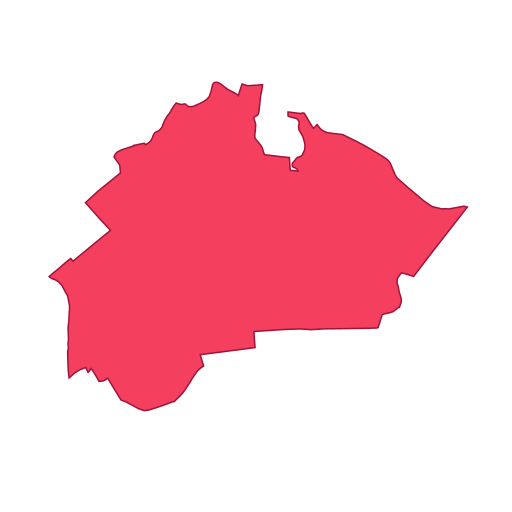 Buduslau, Bihor, Romania, rotated 189°
{"feature_id": "2599482B69448012965496", "entity_name": "Buduslau", "entity_type": "district", "adm_level": 2, "iso_a3": "ROU", "parent_name": "Romania", "parent_adm1": "Bihor", "projection": "mercator", "projection_center": [22.247, 47.394], "detail": "fine", "context": "isolated", "style": "filled", "palette": "rose", "viewbox_px": 512, "rotation_deg": 189, "n_neighbors": 0, "source": "geoboundaries", "source_scale": "gbopen_adm2", "svg_char_len": 3684}
<svg xmlns="http://www.w3.org/2000/svg" viewBox="0 0 512 512"><g transform="rotate(189 256 256)"><path d="M410.4,335.4L411.0,334.5L411.3,333.3L411.7,331.5L409.1,328.9L406.5,326.3L404.8,324.4L403.9,320.8L403.3,318.5L402.9,316.8L418.8,299.1L422.1,295.5L432.8,282.0L415.7,267.9L413.2,266.0L408.7,262.5L406.4,260.7L403.8,258.6L431.1,227.8L436.0,222.2L438.6,224.6L441.8,221.2L444.1,218.5L448.1,213.7L454.4,206.6L457.1,203.3L455.5,202.3L453.9,201.7L450.9,201.2L447.2,199.7L443.2,196.7L438.2,190.0L435.9,187.3L432.3,177.5L430.7,162.7L430.6,159.2L430.4,155.8L430.3,155.0L428.3,145.0L428.1,143.5L428.1,140.9L427.9,139.8L427.8,139.1L426.9,135.9L427.1,132.0L426.0,126.1L423.5,113.2L421.5,106.3L416.7,112.2L412.0,116.2L406.7,119.2L403.7,114.8L402.7,116.1L401.3,119.1L398.5,116.2L393.8,110.7L391.6,107.7L388.8,108.2L387.2,108.8L385.6,109.9L383.3,112.1L377.8,105.5L367.2,93.1L366.6,92.6L361.9,91.6L347.6,86.7L342.1,85.8L337.7,87.1L328.8,91.6L319.8,96.5L316.1,98.6L313.9,99.5L313.6,99.9L308.9,106.3L307.0,109.1L304.4,114.2L301.4,121.1L300.1,124.4L298.0,129.0L295.6,133.8L293.0,136.8L290.5,139.2L295.7,149.8L242.6,165.4L246.3,181.1L219.5,187.2L216.7,187.8L201.3,190.8L193.0,191.6L190.8,191.7L181.7,193.7L176.2,194.9L159.5,197.7L133.2,202.3L125.3,203.8L124.2,204.5L123.2,210.9L122.2,217.8L119.2,219.3L117.2,220.0L116.6,220.2L113.5,221.6L111.7,222.6L111.1,223.3L106.9,227.7L106.4,227.7L106.1,228.6L105.9,229.8L105.5,232.3L105.3,234.2L106.2,237.3L108.9,242.8L110.9,248.5L112.3,250.9L112.9,254.6L112.6,256.7L109.6,262.3L97.1,260.5L82.1,288.3L54.9,337.4L55.8,337.5L56.8,337.6L58.2,337.8L73.1,332.6L76.0,332.4L78.5,331.9L79.9,331.6L81.9,331.8L83.8,331.9L88.4,332.3L90.0,332.5L92.9,333.8L96.9,335.7L100.1,337.4L110.3,343.6L117.1,347.7L123.8,351.9L129.0,355.3L131.2,357.9L136.0,365.6L137.8,368.6L139.6,370.4L141.8,372.0L143.2,372.7L146.4,374.1L150.7,376.0L158.6,379.1L166.5,382.2L167.1,382.4L174.0,384.7L181.6,387.1L189.3,389.5L200.5,389.1L204.8,389.0L207.3,389.5L210.2,390.5L211.7,391.4L213.1,392.4L216.3,395.4L217.9,392.8L219.5,391.2L224.5,397.1L229.8,403.6L230.6,404.5L231.8,404.6L232.9,404.4L234.4,403.7L240.6,403.5L244.6,403.4L246.9,403.3L246.6,400.8L246.0,399.0L239.9,398.3L237.5,398.1L236.1,397.3L234.9,396.0L234.4,394.7L234.1,393.0L234.3,390.8L233.5,387.9L232.5,386.3L229.7,382.9L228.2,380.9L226.1,376.3L225.0,373.3L224.6,370.1L224.7,367.9L225.6,364.9L226.1,363.0L227.0,361.8L228.7,360.7L230.2,360.1L231.4,358.8L232.6,356.5L233.9,354.5L234.6,353.0L234.5,351.4L233.9,350.1L233.1,349.5L232.5,349.4L231.0,349.1L229.4,348.4L228.8,348.0L228.3,347.3L227.8,346.4L235.6,346.1L238.4,358.5L251.1,357.8L251.4,357.9L263.6,357.4L266.9,364.1L268.8,366.3L275.2,372.0L275.7,373.1L276.2,375.9L276.3,380.2L276.8,385.3L277.1,386.6L279.0,390.2L279.4,391.1L279.8,392.7L277.1,394.8L276.2,396.0L275.8,397.3L275.7,398.5L275.9,403.1L276.5,415.1L276.2,420.2L276.3,426.2L288.9,423.3L291.1,422.9L296.7,423.7L298.6,411.7L300.0,412.6L301.8,413.4L308.5,415.7L311.1,416.7L314.6,418.6L316.9,420.0L319.2,421.0L321.3,421.5L322.9,421.3L324.1,420.9L325.0,420.0L325.7,418.4L326.2,411.1L327.2,406.0L329.2,402.9L332.4,400.0L337.1,396.7L340.8,394.4L342.7,393.5L344.3,393.3L346.1,393.1L347.4,393.6L349.0,394.8L350.4,395.1L351.6,394.6L353.0,394.1L354.6,394.0L358.1,394.5L358.8,394.6L360.8,390.9L361.5,389.3L363.7,383.6L365.5,380.5L365.9,379.6L366.2,378.7L367.3,376.0L367.9,374.1L368.6,370.8L368.9,369.1L369.3,368.0L370.4,366.1L371.5,364.7L372.5,364.0L374.1,362.9L375.1,362.0L376.1,360.2L376.5,358.7L376.9,356.2L377.6,354.4L377.9,353.4L379.1,351.7L380.5,350.2L382.6,348.6L383.3,349.4L384.0,349.9L391.7,347.0L394.1,346.1L393.9,345.7L405.2,339.9L408.1,337.9L409.1,337.2L410.4,335.4Z" fill="#f43f5e" stroke="#9f1239" stroke-width="1.5"/></g></svg>